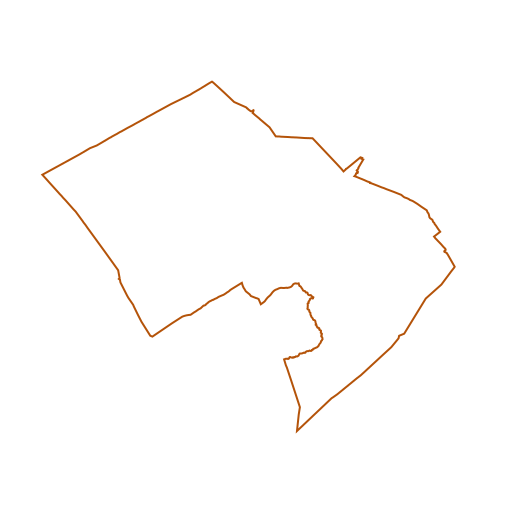 Åmot nor, Hedmark, Norway (orthographic projection), rotated 258°
{"feature_id": "86288312B80993822941630", "entity_name": "Åmot nor", "entity_type": "district", "adm_level": 2, "iso_a3": "NOR", "parent_name": "Norway", "parent_adm1": "Hedmark", "projection": "orthographic", "projection_center": [11.34, 61.261], "detail": "fine", "context": "isolated", "style": "outline", "palette": "amber", "viewbox_px": 512, "rotation_deg": 258, "n_neighbors": 0, "source": "geoboundaries", "source_scale": "gbopen_adm2", "svg_char_len": 6017}
<svg xmlns="http://www.w3.org/2000/svg" viewBox="0 0 512 512"><g transform="rotate(258 256 256)"><path d="M204.2,448.1L217.4,443.9L217.6,443.8L218.0,443.7L218.7,443.3L219.1,443.3L219.3,443.0L219.9,442.5L220.4,442.0L220.7,441.6L220.7,441.4L221.1,441.1L221.6,441.2L222.2,442.1L222.6,442.9L222.8,443.0L222.7,443.0L224.0,442.5L225.8,441.3L229.2,439.4L233.2,436.9L234.7,436.0L235.7,435.3L238.0,434.2L241.4,441.2L245.0,439.6L246.6,439.0L248.4,438.3L250.1,437.4L250.9,437.3L251.4,437.2L252.1,436.6L252.8,436.3L254.5,436.1L254.9,435.9L256.7,434.2L257.8,433.7L260.5,433.7L261.9,433.5L262.9,432.9L265.2,432.5L269.9,427.9L273.4,424.7L276.2,421.8L277.3,420.6L279.0,418.0L279.5,417.7L280.3,416.8L281.3,415.4L282.4,413.5L283.2,412.7L285.6,410.8L290.0,404.2L294.3,397.4L295.9,395.1L297.0,393.2L299.5,389.5L302.5,384.9L303.3,383.6L303.5,383.1L303.7,383.3L303.9,383.3L304.9,381.9L305.6,380.6L307.9,377.5L313.3,369.5L313.6,368.9L314.0,369.4L314.6,370.3L315.0,370.5L315.6,371.0L315.8,371.0L316.6,371.9L316.1,372.6L317.0,373.2L317.5,373.1L318.8,372.3L319.0,372.5L319.1,372.9L319.4,373.4L320.4,374.3L320.7,374.5L321.1,374.5L321.8,375.2L328.1,381.0L329.1,379.5L329.9,380.2L330.8,378.7L322.7,363.1L322.5,362.1L322.1,361.9L320.5,359.2L323.7,357.5L330.4,353.5L359.4,335.8L361.2,328.4L363.4,320.7L364.9,314.9L365.6,312.5L367.5,305.3L368.1,303.5L368.2,302.9L368.9,300.2L379.1,296.0L389.0,288.3L389.7,287.9L393.8,284.6L396.6,282.5L396.9,282.9L399.0,283.9L399.2,283.7L398.6,282.8L398.5,281.9L398.8,280.8L399.5,280.3L401.0,278.9L401.7,278.6L402.2,278.0L402.4,278.0L402.6,277.7L403.0,277.6L403.5,277.2L411.2,266.6L422.4,258.9L433.6,250.9L435.3,249.6L435.7,249.2L434.7,246.0L431.0,235.6L428.5,227.9L427.5,225.3L422.2,204.2L418.7,192.5L417.9,189.8L417.8,189.4L417.6,188.6L417.5,188.4L416.3,184.6L414.9,179.9L414.5,178.3L414.0,177.1L410.3,164.8L410.1,164.3L409.3,161.7L408.0,157.0L406.6,152.6L406.2,151.2L406.0,150.8L405.8,150.0L405.5,148.6L405.1,147.5L404.8,146.6L404.3,145.2L403.9,143.7L402.7,139.7L402.5,139.2L402.2,138.5L402.2,138.2L401.8,136.8L401.0,134.6L397.2,123.2L396.0,116.1L392.0,104.2L379.9,63.9L372.7,68.1L371.6,68.7L358.5,76.3L357.9,76.6L355.2,78.3L353.1,79.4L350.2,81.2L339.4,87.3L337.0,88.8L325.7,93.9L324.8,94.2L322.0,95.6L318.4,97.1L291.5,109.1L270.7,118.2L262.8,118.0L262.5,117.7L262.1,117.1L261.5,117.6L261.2,118.0L258.3,117.9L244.0,121.7L241.5,122.5L233.8,125.7L232.1,126.0L222.9,128.3L215.5,130.3L200.0,136.0L198.7,137.9L207.6,159.7L212.0,171.3L212.3,173.4L212.4,175.9L212.3,177.9L212.1,179.8L213.7,183.6L214.4,185.7L215.2,187.5L215.8,189.0L216.3,190.9L216.6,191.4L217.1,192.2L217.9,193.5L218.4,194.4L218.3,194.7L218.4,195.8L218.7,196.6L219.2,197.1L220.4,199.5L220.7,199.8L221.3,201.4L221.4,202.1L222.0,204.1L222.1,204.8L222.0,205.2L222.5,206.3L223.0,208.9L223.8,210.9L224.5,214.4L224.8,216.2L225.7,218.6L226.4,220.1L226.9,221.6L227.6,223.0L228.0,223.5L228.7,225.3L232.5,236.0L232.7,236.6L229.7,236.8L228.7,237.1L227.9,237.1L226.5,237.7L223.6,238.7L219.8,241.8L217.9,242.7L215.1,246.9L214.8,247.4L214.4,248.2L213.4,249.6L207.8,250.7L209.3,254.1L210.0,255.3L211.5,256.9L213.0,258.8L214.7,261.8L215.6,262.9L217.0,264.5L217.7,265.5L218.3,266.5L218.7,267.5L218.9,268.1L219.2,270.1L219.6,271.6L219.7,273.0L219.7,273.8L219.5,274.4L218.9,276.6L218.6,279.4L218.3,279.8L218.3,280.4L218.3,282.3L218.5,283.6L218.8,284.3L219.4,285.3L220.5,286.4L220.8,287.1L221.0,287.8L221.0,288.9L220.8,289.6L220.5,290.3L220.3,291.0L220.2,291.7L220.3,292.0L219.1,292.2L218.3,292.1L217.9,292.2L217.5,292.4L217.2,293.1L216.9,293.3L215.5,293.9L215.0,294.0L214.7,294.2L214.0,294.5L212.5,294.9L212.1,295.3L211.6,296.4L211.3,296.7L211.1,296.8L210.3,297.0L210.0,297.1L209.9,297.3L209.8,298.2L209.3,298.7L208.7,298.8L207.7,298.8L207.0,299.3L206.8,299.6L206.6,300.0L206.4,300.8L206.4,301.4L205.3,302.0L203.7,303.5L203.0,302.9L202.7,302.9L202.6,302.7L203.0,302.2L203.2,301.0L203.2,300.9L202.9,300.2L202.6,300.0L202.5,299.7L202.0,299.6L201.7,299.4L201.1,298.8L200.7,298.2L200.4,297.9L199.9,297.7L199.5,297.8L199.2,297.8L199.0,297.6L198.9,296.9L198.7,296.6L196.7,296.4L196.2,296.1L195.1,296.0L194.1,295.4L193.5,295.4L193.1,295.5L192.6,296.4L192.1,296.7L191.7,296.8L190.9,296.6L190.4,296.6L189.0,297.4L188.3,297.2L187.5,297.1L186.7,297.2L186.2,297.5L185.4,297.4L184.8,297.6L183.2,298.5L182.2,298.6L181.7,298.8L181.5,299.0L181.1,299.9L180.9,300.1L180.4,300.4L179.8,300.5L178.2,300.4L176.7,300.7L176.5,300.3L176.3,300.1L175.3,300.8L174.3,300.8L173.7,301.3L173.3,301.2L173.1,301.3L172.9,301.7L172.7,301.9L172.6,302.4L172.4,302.5L172.2,302.8L171.5,302.9L171.4,302.9L171.0,302.6L170.6,302.7L170.2,303.1L169.9,303.6L169.5,304.0L169.2,304.0L168.2,303.7L167.5,303.4L166.3,304.3L166.0,304.3L165.8,304.1L165.6,303.8L165.5,303.7L164.6,303.7L164.4,303.5L164.3,303.2L164.0,303.1L163.4,303.3L163.2,303.6L162.3,303.9L160.8,303.8L160.6,303.4L159.7,302.9L159.4,302.2L159.2,302.0L158.6,301.6L158.0,301.4L157.6,301.0L157.1,300.3L156.5,299.6L155.9,299.1L154.9,298.3L154.6,297.6L154.2,297.2L154.0,296.5L153.9,296.3L153.9,295.9L153.7,295.1L153.6,294.5L153.3,293.7L153.4,292.9L153.1,292.5L152.6,292.2L152.5,291.8L152.5,291.2L152.0,290.9L151.7,290.3L151.7,290.0L151.9,289.5L152.3,289.0L152.4,288.7L152.0,287.7L152.1,287.4L152.3,286.3L152.3,286.1L152.2,285.8L152.2,285.5L152.0,285.1L151.7,284.5L151.2,284.2L151.1,283.6L151.2,283.3L151.5,282.9L151.5,282.6L151.3,282.0L151.3,281.4L151.1,280.6L151.5,278.6L151.4,278.3L149.7,276.9L149.3,275.9L149.2,275.6L149.2,275.2L149.4,274.7L149.5,274.0L149.2,273.7L149.1,273.3L149.2,272.8L148.9,272.3L148.9,272.0L149.2,271.5L148.9,271.3L148.8,271.0L149.1,270.7L149.1,270.1L149.3,269.6L149.7,268.9L150.0,268.6L150.1,268.0L150.0,267.8L149.6,267.4L149.2,267.2L148.8,266.8L148.7,266.5L148.6,265.9L149.0,265.5L149.3,263.5L149.3,263.3L149.0,262.4L149.0,262.0L142.9,262.5L140.5,263.0L127.1,264.5L99.0,267.5L92.2,264.9L76.3,259.7L101.2,300.4L101.7,301.8L103.8,306.7L115.4,329.2L117.6,333.8L133.1,359.9L138.7,369.4L145.8,378.3L148.2,379.4L149.2,384.8L179.1,413.2L189.5,431.4L199.8,443.1L203.6,447.6L204.2,448.1Z" fill="none" stroke="#b45309" stroke-width="2"/></g></svg>